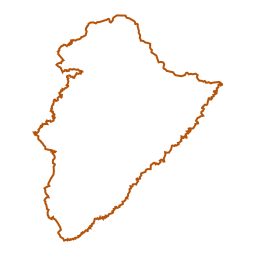 Alvarado, Tolima, Colombia (Albers equal-area conic projection)
{"feature_id": "7082276B11869280897475", "entity_name": "Alvarado", "entity_type": "district", "adm_level": 2, "iso_a3": "COL", "parent_name": "Colombia", "parent_adm1": "Tolima", "projection": "albers", "projection_center": [-75.005, 4.576], "detail": "fine", "context": "isolated", "style": "outline", "palette": "amber", "viewbox_px": 256, "rotation_deg": 0, "n_neighbors": 0, "source": "geoboundaries", "source_scale": "gbopen_adm2", "svg_char_len": 5651}
<svg xmlns="http://www.w3.org/2000/svg" viewBox="0 0 256 256"><path d="M86.1,28.1L85.8,29.8L86.7,31.4L85.6,35.3L82.3,37.0L81.3,37.1L80.8,38.3L78.9,39.4L77.2,39.5L75.5,40.6L73.1,40.0L72.3,41.3L71.2,40.4L70.6,42.1L71.7,43.1L70.9,44.1L69.9,44.5L69.2,43.5L68.5,44.2L68.7,45.1L67.2,45.4L66.8,46.1L65.5,45.0L63.9,44.7L62.5,45.9L61.6,46.0L60.0,47.8L59.1,49.0L59.4,50.5L57.8,51.5L58.5,52.8L58.2,54.0L63.5,60.3L61.5,61.6L61.2,63.1L60.1,62.8L57.7,63.6L56.5,64.8L58.5,66.6L60.6,67.6L62.6,72.1L63.0,71.3L64.4,71.1L64.9,70.1L66.7,70.1L66.8,71.1L68.9,70.9L69.3,69.4L69.7,69.1L72.5,69.6L73.4,69.0L76.5,69.8L78.1,69.5L79.2,70.7L81.8,71.1L82.3,71.7L80.5,72.4L80.9,73.6L80.6,73.7L79.4,73.4L78.2,73.9L76.7,73.2L75.4,75.6L74.1,76.8L74.4,77.6L74.1,77.9L72.7,77.5L72.0,76.6L70.6,76.8L69.9,75.5L68.5,75.6L67.0,76.4L67.0,77.2L68.3,78.5L67.7,79.4L68.4,81.2L67.6,84.2L66.7,85.1L68.1,85.7L68.1,86.3L66.1,87.9L65.3,88.0L63.7,89.6L62.4,88.9L62.2,90.7L61.0,90.5L60.7,92.1L59.4,92.7L59.3,93.4L60.0,94.5L61.9,94.9L61.6,97.4L61.3,97.5L60.0,95.9L57.6,98.1L57.8,100.2L56.0,101.0L55.0,99.6L54.3,99.7L53.8,100.4L53.7,102.9L53.2,103.7L53.3,104.6L52.3,105.4L51.7,107.2L52.1,108.6L51.3,108.8L51.5,109.6L50.8,110.9L52.8,111.4L53.0,111.8L52.3,112.4L54.4,114.3L54.4,114.9L53.2,115.1L52.4,116.1L52.9,116.9L54.2,116.9L54.8,117.5L54.5,118.3L53.3,118.6L53.7,119.6L53.5,120.7L50.8,121.8L50.2,120.6L48.3,121.1L46.9,120.5L46.1,121.8L47.3,124.1L44.2,123.9L43.5,124.4L42.7,124.0L42.6,124.9L41.5,125.4L42.1,126.2L42.0,126.7L41.6,127.0L40.6,126.4L40.1,127.9L38.5,129.6L38.9,130.2L38.6,131.5L37.2,132.9L35.2,132.0L34.8,132.2L35.1,132.8L33.9,132.6L34.9,134.6L35.7,134.5L35.6,134.9L37.5,135.5L38.4,136.3L38.2,138.6L38.6,139.5L41.2,141.6L41.4,142.5L42.7,143.4L43.2,144.6L45.2,146.9L45.4,149.1L53.3,150.6L51.8,150.5L51.4,151.4L54.6,151.2L55.6,151.6L55.2,152.1L52.7,152.7L52.4,153.1L54.2,155.5L54.8,157.1L54.5,158.5L53.1,159.9L52.9,160.9L52.9,163.1L54.6,164.0L54.9,164.7L53.6,166.8L53.9,171.1L53.5,174.5L51.1,178.2L48.5,183.3L48.3,184.6L49.3,185.9L46.4,187.1L44.5,188.3L45.2,189.7L45.4,192.3L46.0,193.7L48.2,196.2L48.6,197.3L47.1,197.3L46.2,197.8L44.8,199.5L44.5,200.6L45.5,201.7L45.3,203.1L46.4,205.1L47.0,209.0L48.6,209.8L47.6,212.1L47.8,215.4L48.6,216.2L48.5,216.9L49.4,218.0L51.5,219.0L51.5,218.1L53.1,217.0L53.4,218.5L55.3,219.5L57.8,223.1L60.1,227.1L60.9,229.8L58.4,232.1L58.2,233.0L59.7,234.9L60.4,236.9L63.1,238.5L64.1,240.6L66.3,239.7L67.2,240.3L67.8,239.2L68.4,239.9L69.1,239.6L69.7,240.1L70.4,239.3L71.1,239.7L72.8,238.8L73.4,239.3L74.1,238.6L75.3,238.7L75.3,237.8L78.1,237.4L79.1,236.6L78.7,236.0L79.8,236.0L79.8,235.4L81.1,234.6L81.5,233.1L82.4,233.5L82.8,232.3L83.5,232.7L84.2,232.4L85.7,230.3L86.9,230.3L87.3,231.1L87.7,231.0L87.6,229.9L88.1,228.9L89.2,228.4L89.1,227.9L90.0,228.1L89.6,227.4L90.4,227.1L90.3,226.4L91.6,226.2L91.7,225.9L91.2,225.5L91.8,225.3L92.1,223.8L93.6,223.4L93.5,222.7L94.2,221.4L94.7,218.9L95.9,218.6L96.8,219.0L97.7,218.2L98.7,219.2L99.8,218.3L100.1,217.3L100.7,218.5L102.1,218.0L102.8,218.6L102.6,217.0L104.1,217.5L104.7,216.7L105.2,216.8L105.3,217.8L106.8,216.7L106.2,215.7L108.2,215.9L108.9,214.2L112.4,213.1L112.3,211.6L113.1,211.8L113.2,210.6L114.1,209.9L113.8,209.0L115.3,208.6L115.3,206.9L116.2,206.8L116.9,207.8L117.6,207.9L119.6,206.8L119.2,206.0L119.8,205.4L122.9,204.0L122.5,201.7L124.0,201.4L125.4,200.1L126.0,198.0L127.2,198.2L126.8,197.3L127.8,196.5L128.2,193.9L129.8,191.5L129.5,189.2L130.9,188.5L130.5,186.3L131.7,186.7L132.5,186.3L132.8,184.4L134.7,184.1L136.2,184.5L137.0,182.5L138.1,181.2L137.9,180.6L136.6,179.7L136.5,179.1L137.4,178.4L138.7,179.0L140.1,178.6L139.9,176.9L141.3,175.4L141.0,174.0L141.4,173.2L145.5,171.9L145.7,170.3L147.2,169.1L150.6,169.1L150.8,165.2L153.8,162.8L154.7,162.8L155.6,164.3L156.7,163.4L158.3,164.3L160.6,162.0L160.6,161.5L159.9,160.6L161.2,159.6L162.9,160.1L163.4,161.6L164.3,161.5L163.7,158.9L165.4,154.7L165.1,152.2L166.9,152.7L168.9,152.6L171.0,149.5L172.0,145.7L172.7,145.5L174.5,146.0L175.2,145.1L176.2,145.6L178.6,144.3L178.0,142.9L179.1,142.7L181.4,140.8L180.9,140.1L181.5,138.6L181.5,136.4L182.4,136.8L183.0,138.1L183.5,138.0L184.4,136.5L186.1,137.7L186.6,137.6L185.6,134.3L186.9,133.5L188.3,133.4L188.5,132.8L187.0,131.4L188.7,131.0L189.7,131.8L190.6,130.6L190.4,129.4L189.1,129.7L188.7,128.6L189.7,128.3L191.9,128.6L193.4,128.2L195.4,124.8L195.4,123.9L198.1,123.4L197.9,122.4L196.0,120.8L197.5,118.0L199.3,117.3L200.2,116.4L203.2,115.7L201.2,113.1L201.5,111.7L203.0,110.8L203.9,108.9L203.6,108.5L202.1,108.1L202.1,107.6L204.8,104.7L206.4,104.9L207.2,104.5L208.7,98.3L209.7,98.2L210.1,99.4L211.3,99.4L212.2,98.0L211.7,97.1L213.7,96.2L213.4,94.9L214.3,94.8L216.6,93.3L216.5,92.5L214.9,92.7L214.4,91.8L213.1,91.5L217.0,90.6L216.7,88.3L218.3,87.4L218.5,84.6L219.6,84.2L220.8,85.5L222.0,84.8L222.1,84.2L220.0,82.4L218.9,82.0L212.5,82.7L210.8,83.4L208.9,82.2L207.2,82.7L206.0,82.7L205.4,81.5L204.7,81.0L203.6,81.7L201.9,80.8L199.3,80.7L197.5,78.5L196.9,76.9L197.7,75.2L195.6,73.7L192.5,74.3L190.8,73.8L188.9,74.4L187.3,72.7L186.6,72.8L185.9,73.2L184.9,75.1L181.4,76.2L175.7,75.2L174.7,74.5L173.1,72.3L166.8,70.9L165.3,69.3L163.9,68.7L163.4,67.8L164.2,64.3L163.7,63.1L162.7,62.3L161.2,61.9L158.6,62.3L156.3,55.5L151.4,52.3L151.9,50.0L150.6,48.9L150.1,47.6L150.2,43.8L147.3,42.8L145.2,42.5L143.3,40.9L140.8,40.7L140.5,39.0L139.8,38.2L140.1,35.2L138.7,32.8L138.9,30.9L137.6,26.3L137.8,24.4L137.0,23.8L135.3,24.0L135.0,22.2L134.3,21.2L129.5,18.4L126.6,17.7L125.5,15.6L116.9,15.4L113.5,17.6L112.9,18.7L112.8,20.4L110.9,22.5L109.8,22.0L109.3,19.3L108.3,18.8L106.7,19.8L99.3,22.1L97.3,22.1L95.9,23.4L93.3,22.4L90.3,22.6L88.5,23.9L88.0,25.6L86.9,26.4L86.8,27.5L86.1,28.1Z" fill="none" stroke="#b45309" stroke-width="2"/></svg>